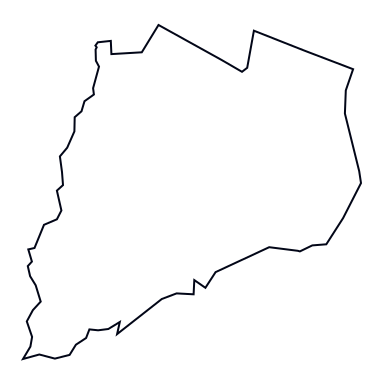 outline of Otsego, New York, United States of America
{"feature_id": "52423323B75499738856279", "entity_name": "Otsego", "entity_type": "district", "adm_level": 2, "iso_a3": "USA", "parent_name": "United States of America", "parent_adm1": "New York", "projection": "equal_earth", "projection_center": [-75.145, 42.611], "detail": "fine", "context": "isolated", "style": "outline", "palette": "ink", "viewbox_px": 384, "rotation_deg": 0, "n_neighbors": 0, "source": "geoboundaries", "source_scale": "gbopen_adm2", "svg_char_len": 907}
<svg xmlns="http://www.w3.org/2000/svg" viewBox="0 0 384 384"><path d="M110.8,40.9L97.8,42.3L95.4,45.6L96.7,47.3L95.6,49.5L95.9,60.8L99.0,66.6L93.1,88.2L93.9,94.5L84.5,101.2L81.5,111.3L74.7,117.2L74.4,131.4L67.2,147.7L59.9,156.4L62.0,172.0L63.0,185.1L56.9,190.6L61.4,210.5L56.9,219.3L44.0,224.8L34.5,248.0L28.3,249.4L31.9,261.6L27.8,266.1L30.1,276.2L35.7,285.3L40.7,301.6L32.9,310.1L26.8,321.4L32.1,336.9L30.4,346.6L23.0,359.0L39.3,354.5L54.9,358.6L69.6,354.9L75.9,344.7L86.1,338.0L89.4,329.4L98.1,330.3L108.3,329.0L119.8,322.0L117.1,334.1L161.8,299.0L176.6,293.4L193.6,294.3L194.3,280.1L205.4,287.8L215.6,272.1L269.2,247.2L297.8,250.8L299.9,251.4L312.3,245.4L326.3,244.3L343.1,218.1L361.0,183.1L359.2,171.2L344.9,113.5L345.8,90.4L353.1,69.2L308.8,52.3L303.6,50.3L253.9,30.7L247.2,67.8L242.0,71.8L221.3,59.8L158.5,25.0L141.8,52.3L111.4,54.1L110.8,40.9Z" fill="none" stroke="#020617" stroke-width="2"/></svg>